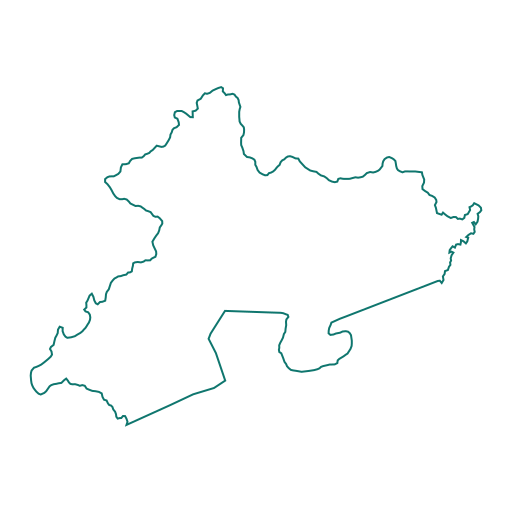 Umburanas, Bahia, Brazil
{"feature_id": "56859067B72375205404431", "entity_name": "Umburanas", "entity_type": "district", "adm_level": 2, "iso_a3": "BRA", "parent_name": "Brazil", "parent_adm1": "Bahia", "projection": "natural_earth1", "projection_center": [-41.256, -10.567], "detail": "fine", "context": "isolated", "style": "outline", "palette": "teal", "viewbox_px": 512, "rotation_deg": 0, "n_neighbors": 0, "source": "geoboundaries", "source_scale": "gbopen_adm2", "svg_char_len": 6023}
<svg xmlns="http://www.w3.org/2000/svg" viewBox="0 0 512 512"><path d="M227.8,94.5L226.0,95.1L224.6,93.2L222.8,91.4L223.0,88.3L221.1,87.1L218.3,88.0L216.0,89.0L212.6,90.6L209.8,92.9L207.0,93.8L204.9,93.3L202.9,95.4L200.7,98.8L197.5,100.5L196.7,102.9L197.2,105.3L197.8,108.6L195.6,110.7L192.6,111.4L192.8,117.2L190.3,117.1L187.9,115.1L186.1,113.6L183.8,112.1L181.7,111.0L177.1,111.0L174.9,112.2L174.2,115.1L174.8,117.5L177.4,118.7L178.7,122.3L179.0,124.9L176.6,127.2L174.0,128.2L172.5,129.8L171.7,132.4L170.5,134.5L170.1,137.4L168.7,140.1L166.8,143.2L165.2,145.6L163.4,146.6L161.5,146.9L156.7,145.7L152.7,150.0L150.6,151.4L149.3,152.9L147.2,153.8L145.2,154.4L143.7,156.2L141.8,157.6L139.4,157.6L134.6,158.3L132.1,158.9L130.1,161.0L128.8,163.3L125.9,164.2L122.4,164.3L120.9,167.4L120.4,171.5L118.3,173.9L115.6,175.4L113.8,176.3L109.6,176.4L107.4,177.2L105.1,179.1L105.1,182.0L107.5,184.2L109.9,187.3L111.6,190.2L113.3,193.5L115.2,196.2L116.9,197.9L119.6,199.2L122.3,199.2L124.2,198.8L126.7,199.5L128.9,201.6L130.4,203.5L135.5,206.0L138.2,205.8L140.7,206.4L142.3,207.6L144.2,208.9L146.0,210.5L148.0,211.1L150.6,212.1L153.4,215.9L155.5,216.8L157.6,216.6L159.7,218.2L162.2,221.1L162.3,223.6L161.3,225.3L159.8,227.4L159.2,230.4L158.1,233.2L156.3,235.5L154.4,238.3L152.4,241.7L153.2,245.3L154.8,248.7L156.1,251.4L156.3,254.0L155.4,256.8L153.4,257.7L151.6,258.7L150.2,260.3L147.7,260.4L145.4,260.3L143.6,261.6L140.9,262.4L137.7,262.0L134.9,262.4L133.2,263.3L132.9,265.8L132.2,268.5L131.8,271.4L130.0,272.4L128.1,272.5L126.3,274.6L123.3,275.2L120.8,276.1L118.2,276.4L116.4,277.5L114.5,278.5L112.9,280.2L110.9,282.8L108.8,289.3L106.8,291.9L106.0,294.2L105.7,297.7L105.2,300.7L102.3,301.8L100.0,302.0L97.7,304.3L95.8,303.3L94.3,300.4L93.4,296.8L91.8,293.7L89.6,295.6L87.5,300.6L86.2,302.7L86.4,304.9L86.4,307.5L84.2,309.6L85.5,311.4L88.2,312.3L89.8,314.6L90.3,317.4L90.0,319.8L88.9,322.6L87.8,324.2L86.6,326.2L85.4,328.0L83.8,329.6L82.5,331.2L80.4,332.9L77.2,334.7L74.9,336.2L71.1,337.3L67.3,337.8L65.5,336.7L63.8,334.4L62.6,331.1L62.7,327.8L59.7,326.7L58.0,329.6L57.7,333.1L56.3,336.0L55.3,337.7L54.4,341.3L53.6,344.9L50.9,347.0L50.0,349.0L51.5,351.5L52.0,354.6L50.7,356.7L48.1,359.1L44.1,362.4L41.2,364.6L38.7,365.9L36.4,366.9L34.0,367.7L31.6,370.5L31.0,372.7L30.7,375.6L31.1,380.4L31.5,383.2L32.2,385.3L33.4,387.8L34.7,389.6L36.3,391.6L38.6,393.7L40.7,394.5L44.3,392.9L46.2,391.2L49.6,386.3L51.3,385.1L53.8,384.2L56.5,383.8L58.5,383.3L61.4,382.9L64.2,380.1L66.2,378.6L67.9,380.7L68.9,382.4L70.4,383.9L72.4,384.3L75.1,384.2L78.0,385.0L79.8,385.8L82.3,385.1L84.8,385.8L86.6,388.6L88.9,389.6L92.3,390.9L95.4,391.2L98.9,391.9L101.7,393.4L102.5,396.9L104.0,399.7L106.6,400.5L107.9,403.3L109.2,405.0L111.0,405.5L112.4,406.9L113.3,409.5L115.1,411.7L116.0,414.2L116.3,416.7L117.7,418.6L119.5,418.1L121.3,418.0L123.0,416.0L125.1,416.1L126.5,418.8L127.5,421.8L126.5,424.9L170.2,405.1L193.2,394.3L214.0,388.0L225.2,380.6L215.9,353.1L208.6,338.8L210.6,333.6L225.0,310.9L271.1,312.5L280.7,312.8L283.2,313.2L286.0,314.3L287.7,314.9L288.4,316.9L286.4,319.4L286.0,321.7L286.2,325.1L285.6,328.7L285.3,331.9L283.9,334.0L283.0,337.6L281.6,340.4L280.3,342.7L279.2,345.3L279.3,347.8L278.9,349.8L279.3,352.0L281.3,353.3L283.3,358.4L284.5,361.9L286.1,364.0L287.0,366.2L288.7,368.1L290.9,369.9L293.1,370.4L296.5,370.9L301.6,371.8L309.1,370.9L314.2,370.1L317.5,369.2L319.5,368.3L321.0,366.9L323.1,366.1L327.5,365.1L329.8,364.5L332.1,364.5L334.7,364.4L337.3,363.1L337.7,360.4L339.3,358.9L343.6,356.3L345.9,354.6L347.5,353.6L350.5,348.9L351.6,346.0L351.8,343.6L351.8,340.7L351.0,335.2L349.8,333.2L348.1,331.7L345.8,331.2L342.6,331.5L340.1,332.7L338.0,333.1L335.9,333.5L333.5,334.5L330.4,334.9L328.6,333.3L328.7,330.7L329.2,328.0L330.6,325.0L331.4,322.6L340.0,318.7L345.6,316.6L437.7,281.0L439.8,280.7L441.7,283.0L443.5,280.0L442.9,276.4L444.6,274.0L445.0,271.1L447.9,270.0L449.0,266.7L450.4,264.9L450.1,262.4L451.1,260.6L450.7,258.4L451.6,255.2L453.4,252.6L451.4,251.6L449.4,252.6L449.7,250.1L450.9,248.4L452.6,246.3L454.9,247.6L456.1,244.6L458.0,244.1L460.4,244.6L460.9,242.4L461.0,240.1L463.5,241.3L465.9,243.4L467.3,241.4L468.2,237.7L466.3,237.0L468.4,235.0L471.0,233.3L473.4,233.8L474.7,231.9L474.2,229.3L474.5,227.0L472.2,222.8L473.9,222.0L475.7,224.3L477.5,221.7L478.1,218.8L478.3,216.2L477.6,213.8L479.9,212.1L481.3,210.3L480.9,207.7L478.6,205.4L474.2,203.2L472.8,205.3L471.2,206.4L469.5,207.2L470.1,210.0L467.7,214.1L464.9,215.0L464.3,217.9L462.3,219.4L459.8,218.6L457.8,218.9L456.0,217.1L453.5,217.0L450.8,218.0L447.4,216.2L445.2,214.5L443.0,212.6L441.6,214.7L439.5,214.0L437.0,213.1L435.9,207.8L434.9,205.1L436.5,202.0L436.2,199.9L434.7,197.5L432.1,195.9L429.5,195.0L427.8,192.7L425.0,191.0L422.5,189.1L422.3,186.1L424.0,182.6L424.2,179.5L422.4,175.0L421.9,172.3L415.5,171.5L405.0,171.4L402.5,172.3L399.8,171.2L398.0,170.1L396.9,168.5L396.2,166.0L395.9,163.9L395.4,161.0L393.6,159.2L391.8,158.1L389.2,157.0L387.0,157.5L384.6,159.1L383.2,161.3L382.6,163.5L382.4,166.0L379.6,169.6L378.0,170.8L375.5,171.9L373.1,172.5L370.1,172.0L366.8,173.1L365.0,174.9L362.8,176.7L360.4,177.3L358.1,177.7L355.4,177.3L352.3,178.1L349.8,178.8L346.9,178.9L344.2,178.9L342.3,178.7L340.5,178.3L338.3,178.9L337.3,181.6L334.8,182.2L332.0,181.6L328.9,180.2L326.7,178.1L324.2,176.4L320.9,175.4L318.2,173.5L316.5,171.9L313.3,171.3L310.2,170.5L305.2,167.3L301.8,163.6L299.8,161.4L298.3,158.6L295.5,158.4L292.4,156.9L290.0,156.2L287.8,156.5L286.0,157.6L284.2,159.4L282.3,160.3L280.6,162.2L279.6,164.9L277.7,166.5L276.3,168.1L275.1,169.7L273.1,171.5L270.8,172.7L269.0,173.1L267.4,175.1L265.1,175.3L262.6,174.3L259.6,172.6L257.6,170.0L256.5,166.9L255.3,164.8L255.3,161.8L254.4,159.7L252.4,158.4L249.8,157.4L247.0,157.0L243.9,154.0L243.5,151.2L242.3,147.6L241.2,145.1L241.1,142.8L241.2,137.8L243.4,135.1L244.0,132.5L244.1,129.6L243.8,127.3L242.4,125.6L240.7,123.8L239.6,121.5L239.4,119.1L239.2,116.9L239.2,111.8L239.7,109.1L240.4,106.9L238.9,102.5L238.6,100.1L237.6,98.0L235.9,96.6L234.5,94.6L232.6,93.8L230.1,94.4L227.8,94.5Z" fill="none" stroke="#0f766e" stroke-width="2"/></svg>